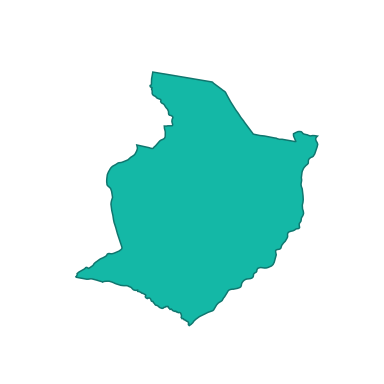 outline of Chemba, Sofala, Mozambique, rotated 72°
{"feature_id": "85939544B96550484342715", "entity_name": "Chemba", "entity_type": "district", "adm_level": 2, "iso_a3": "MOZ", "parent_name": "Mozambique", "parent_adm1": "Sofala", "projection": "albers", "projection_center": [34.641, -17.226], "detail": "fine", "context": "isolated", "style": "filled", "palette": "teal", "viewbox_px": 384, "rotation_deg": 72, "n_neighbors": 0, "source": "geoboundaries", "source_scale": "gbopen_adm2", "svg_char_len": 6022}
<svg xmlns="http://www.w3.org/2000/svg" viewBox="0 0 384 384"><g transform="rotate(72 192 192)"><path d="M318.2,235.9L317.6,233.8L317.1,232.8L316.6,231.7L315.3,230.0L314.2,227.6L312.8,223.4L311.4,213.8L311.3,209.0L310.8,207.8L306.9,203.4L305.8,201.4L305.5,200.5L304.9,198.0L304.5,196.9L302.5,194.7L301.8,193.5L298.5,189.6L297.8,188.9L297.1,188.0L296.8,187.4L296.6,186.3L296.7,184.6L297.0,183.2L297.2,182.8L297.7,178.5L297.6,176.0L297.2,174.9L296.8,174.5L296.0,173.9L294.6,173.2L293.5,172.2L292.7,171.0L292.0,169.6L291.7,168.0L291.7,166.8L292.4,163.2L292.4,162.3L292.3,161.4L292.0,160.8L291.6,160.1L290.9,159.6L289.5,159.0L288.8,158.3L288.5,157.7L288.2,156.4L288.0,155.6L287.5,155.0L285.9,154.2L285.2,153.3L284.9,152.8L284.9,151.0L285.1,149.9L286.8,146.3L287.2,144.8L287.3,143.1L286.9,139.2L286.0,137.3L284.2,135.5L277.8,131.3L275.0,131.0L273.6,130.6L273.1,129.7L273.1,128.5L273.4,126.9L273.3,125.7L272.8,124.8L270.5,123.2L268.8,120.8L267.6,118.5L265.3,115.9L264.3,115.0L263.3,114.6L262.3,114.4L261.3,114.0L260.6,113.4L260.1,112.6L259.9,111.7L259.9,109.9L260.1,108.0L260.0,107.3L259.9,106.2L259.4,104.8L259.3,103.6L259.7,102.5L259.5,101.4L259.3,100.9L258.7,100.5L257.8,100.5L256.4,100.2L255.5,99.9L255.0,99.5L253.9,98.0L253.3,97.3L250.6,96.0L250.0,95.4L248.8,94.0L248.0,93.3L247.0,92.6L246.4,92.4L244.6,92.1L243.2,92.1L242.3,92.1L239.1,91.3L238.3,91.0L236.2,89.7L233.7,88.6L230.0,87.6L223.1,86.2L220.3,86.3L218.2,85.9L215.2,84.3L214.1,83.9L212.2,83.6L207.3,81.3L206.2,80.6L204.1,78.7L203.3,77.7L202.0,75.4L201.3,73.6L200.5,72.5L198.1,71.6L197.2,71.0L196.5,70.0L195.9,68.4L195.8,66.7L195.5,65.7L193.7,63.5L187.7,59.0L185.5,57.7L183.8,57.7L181.3,58.2L180.2,58.1L179.2,57.7L178.4,56.9L177.6,55.4L176.3,58.0L175.6,59.8L175.3,61.9L175.1,62.4L174.2,63.6L173.3,64.6L171.6,67.5L171.3,67.7L170.6,68.5L169.7,68.7L168.4,69.5L167.7,71.0L167.3,72.5L167.6,75.5L168.0,77.0L167.9,77.4L169.1,77.9L170.6,78.1L175.8,77.6L176.0,77.7L175.9,78.4L169.7,90.0L168.9,92.6L167.5,94.6L166.8,95.3L166.2,96.6L161.1,105.8L159.3,109.9L155.9,115.8L141.5,120.7L140.5,120.9L136.2,122.5L131.5,123.7L127.6,125.0L118.2,127.4L110.3,128.9L107.8,129.3L107.1,129.5L105.9,130.3L105.0,131.0L104.9,131.2L103.4,132.1L95.1,138.0L93.9,138.5L93.3,139.4L65.8,192.2L72.0,195.5L73.4,196.0L73.7,196.1L75.3,196.7L76.8,197.2L77.4,197.6L77.7,198.1L77.7,198.8L78.0,199.1L78.8,199.1L79.3,199.0L80.2,197.9L80.7,197.8L81.0,198.0L81.4,198.6L81.7,198.7L82.9,198.6L83.5,198.6L85.9,199.4L86.6,199.4L87.5,199.2L88.2,198.8L88.9,198.2L89.9,197.1L91.1,196.7L92.0,196.1L92.9,195.1L93.5,194.2L94.3,193.3L95.1,193.2L95.5,193.3L96.1,193.8L96.9,193.8L97.7,193.5L98.3,193.1L99.4,192.0L100.2,191.5L102.8,190.9L104.0,190.5L105.5,189.8L106.7,189.6L108.2,189.5L110.4,190.1L111.2,190.1L111.9,189.7L112.3,189.2L112.7,188.4L113.1,188.0L113.9,187.4L114.3,187.2L115.0,187.1L115.4,187.2L116.6,188.3L117.4,188.8L118.2,189.1L119.0,189.4L121.4,189.5L122.1,189.6L122.5,189.9L122.8,190.4L122.8,190.7L121.6,194.5L121.4,196.0L120.7,198.0L123.3,198.6L125.7,198.7L126.8,198.9L130.6,200.2L131.2,200.5L132.0,201.1L132.6,202.1L132.8,202.7L133.1,205.7L133.6,207.1L136.9,212.5L137.4,213.9L138.4,215.4L138.4,216.0L137.8,217.5L136.4,219.4L130.2,230.0L132.5,230.2L133.8,230.5L134.7,231.1L136.4,232.4L136.5,232.6L137.9,234.0L138.8,235.2L139.6,237.6L140.1,239.7L141.6,242.9L141.8,244.9L142.1,249.4L142.0,250.5L141.6,252.5L141.6,253.6L142.2,255.6L143.0,259.7L143.8,261.4L144.7,262.6L145.4,263.4L145.6,263.5L146.8,265.0L147.7,265.7L147.8,265.9L149.4,267.2L151.9,268.4L154.2,269.4L156.3,270.1L157.3,270.2L158.2,270.5L159.4,270.5L160.5,270.0L162.5,268.8L163.4,268.4L164.2,268.3L166.9,268.3L172.5,269.2L173.0,269.5L175.5,271.3L177.3,272.3L178.8,272.9L184.7,274.0L190.0,274.5L194.1,275.2L196.9,275.5L202.3,275.5L208.7,275.8L221.8,275.7L222.9,275.7L224.0,276.1L224.3,276.4L224.8,277.2L225.6,279.5L226.1,284.9L226.1,286.3L225.9,287.7L225.6,288.4L225.0,289.6L224.8,290.0L224.8,290.9L224.8,291.5L225.0,291.9L226.1,293.0L226.6,294.6L227.1,297.3L227.2,299.0L227.5,300.6L228.8,304.5L228.9,305.0L229.6,306.7L230.2,307.7L230.6,308.0L231.4,309.2L231.9,311.0L232.6,313.1L232.6,314.1L232.3,314.2L231.9,314.8L231.2,315.3L231.0,316.0L231.1,316.5L231.6,317.4L231.9,318.0L233.2,324.4L234.1,326.5L234.7,326.5L235.7,327.2L236.5,328.1L236.7,328.6L237.4,328.4L237.7,327.6L238.0,327.2L242.4,319.1L242.8,317.8L243.3,314.9L243.9,313.7L246.4,309.8L247.0,309.0L249.7,305.1L250.1,304.8L249.9,304.4L250.0,302.6L250.9,299.3L251.4,298.1L252.2,297.0L252.4,296.6L254.4,294.2L254.6,294.1L255.7,292.8L256.4,291.9L256.5,291.7L258.8,288.5L260.1,285.6L260.8,283.2L261.6,281.9L262.6,281.0L263.4,279.9L264.1,279.3L265.9,278.5L266.9,277.9L267.5,277.1L268.1,276.1L268.3,275.2L268.5,274.2L268.8,274.4L269.6,274.4L269.9,274.2L270.3,273.1L271.4,272.0L271.6,271.6L272.4,271.3L272.7,271.0L273.1,270.1L273.4,270.0L274.0,269.2L274.8,268.7L275.0,268.3L275.2,268.0L275.6,267.9L276.3,268.0L277.0,268.7L277.4,268.8L277.9,268.7L278.5,268.4L279.5,267.5L279.6,267.2L279.2,266.7L279.5,266.2L279.5,265.5L279.9,265.0L280.8,264.5L281.4,264.4L282.3,264.4L283.2,264.3L283.5,264.0L284.0,263.0L284.4,262.9L285.3,262.9L285.5,262.8L286.1,262.3L286.5,262.2L287.6,262.0L288.5,261.4L289.0,260.4L290.0,259.5L291.2,258.9L292.2,258.1L293.4,256.5L293.6,255.6L293.6,255.4L293.1,254.7L293.1,254.3L293.3,253.5L293.3,253.3L292.8,252.5L292.9,252.2L292.9,251.8L293.2,251.5L293.3,251.1L293.3,250.3L293.5,250.1L294.1,250.2L294.9,249.9L295.5,249.8L295.9,249.4L296.4,249.3L296.9,249.1L296.9,248.1L297.0,247.8L297.7,247.4L298.5,247.2L299.4,246.4L299.6,246.0L300.2,245.3L300.3,244.3L300.5,244.1L301.2,244.0L301.3,243.9L301.2,243.7L301.5,243.2L302.5,242.4L302.6,242.1L302.7,241.2L303.3,240.4L304.1,240.2L306.2,240.2L306.5,240.3L307.6,240.8L307.8,241.0L308.1,241.1L308.7,240.7L309.3,240.7L309.5,240.6L309.5,240.4L309.5,240.0L309.7,239.5L309.9,239.3L310.9,239.1L311.2,238.9L311.3,238.4L311.5,238.2L312.0,238.0L312.3,237.8L312.4,237.4L313.2,237.0L314.0,236.1L314.6,235.8L315.1,235.8L315.4,235.9L316.1,235.7L316.4,236.2L316.9,236.4L317.2,236.4L318.2,235.9Z" fill="#14b8a6" stroke="#0f766e" stroke-width="1.5"/></g></svg>